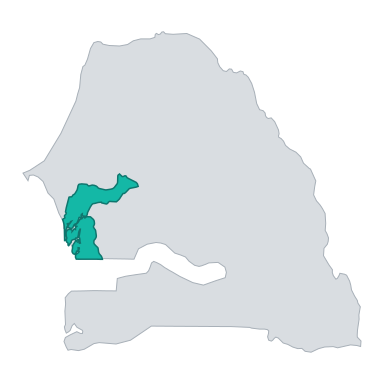 location of Fatick within Senegal
{"feature_id": "SEN-764", "entity_name": "Fatick", "entity_type": "Region", "adm_level": 1, "iso_a3": "SEN", "parent_name": "Senegal", "parent_adm1": "", "projection": "equal_earth", "projection_center": [-16.406, 14.163], "detail": "fine", "context": "in_parent", "style": "filled", "palette": "teal", "viewbox_px": 384, "rotation_deg": 0, "n_neighbors": 0, "source": "natural_earth", "source_scale": "10m", "svg_char_len": 6693}
<svg xmlns="http://www.w3.org/2000/svg" viewBox="0 0 384 384"><path d="M310.5,169.1L315.8,180.9L314.7,186.6L313.6,194.9L316.5,200.9L320.0,204.9L322.4,208.5L325.1,213.5L325.7,223.4L325.2,230.5L327.0,233.8L328.5,237.9L328.2,241.3L327.3,244.3L324.0,248.3L323.5,255.7L328.9,264.8L332.4,269.7L332.3,272.5L333.3,275.6L335.9,279.2L337.4,278.3L339.1,275.4L339.9,273.3L344.5,274.2L346.6,275.2L349.6,281.1L350.7,285.0L351.5,289.9L354.6,296.1L357.3,300.4L357.9,303.1L360.3,306.8L358.9,314.9L359.1,319.1L357.5,330.0L357.2,335.2L357.3,337.1L361.0,341.0L360.6,346.5L356.9,345.5L350.5,344.9L337.6,347.8L333.2,346.6L324.7,347.0L318.7,348.6L311.1,352.2L305.1,351.3L301.9,348.4L297.7,348.6L292.9,347.1L287.8,344.4L283.2,343.0L278.2,338.0L275.8,337.1L274.2,338.4L272.8,340.1L271.4,341.1L268.7,340.2L267.6,336.8L268.5,333.4L268.7,330.9L267.4,329.6L264.4,329.1L259.5,329.1L251.5,328.1L249.7,327.4L231.9,326.6L213.5,326.5L197.9,326.4L178.1,326.3L164.3,326.2L151.3,326.1L141.3,332.9L130.5,340.2L116.0,344.0L99.2,342.6L93.9,343.6L88.3,346.9L84.3,349.2L78.5,350.6L71.1,349.5L68.0,350.2L66.2,346.9L64.0,341.5L65.4,337.5L69.9,335.0L76.8,331.7L80.3,333.4L82.4,333.5L82.8,331.3L82.2,330.2L77.0,327.3L74.3,323.5L72.1,325.7L70.2,330.4L68.6,331.8L66.3,333.1L65.0,329.9L64.4,326.9L65.5,324.5L64.9,311.1L65.6,304.0L65.2,297.7L68.5,293.6L71.5,291.1L83.5,290.9L94.6,290.6L105.3,290.8L116.2,290.9L117.3,278.5L120.8,277.5L125.9,276.2L135.6,274.7L146.3,273.2L148.6,270.8L150.3,266.7L151.5,263.0L153.7,261.4L156.7,262.6L160.6,264.6L164.7,267.6L169.4,270.4L172.5,272.1L180.0,276.5L192.8,282.6L203.4,285.1L216.1,280.6L225.2,277.7L226.4,272.4L224.9,267.1L218.1,262.4L208.8,262.9L205.9,264.2L201.6,265.8L199.0,266.4L194.6,265.3L189.0,261.2L185.5,257.0L180.6,255.0L174.8,253.1L165.5,244.5L160.6,243.0L156.0,242.5L147.2,244.2L138.5,248.8L134.0,259.2L125.4,259.0L107.0,258.7L90.2,258.4L76.3,259.1L74.9,251.6L71.6,245.6L66.2,240.4L65.1,235.7L66.9,231.5L72.0,228.1L73.2,225.7L70.5,226.1L66.4,228.2L63.7,228.4L63.4,221.8L58.9,213.3L53.8,199.0L48.0,193.1L43.1,181.5L38.1,177.0L33.4,175.0L29.4,175.4L28.0,180.7L23.0,173.1L29.8,170.3L44.3,160.8L60.9,133.4L75.9,101.1L77.8,93.5L79.6,87.7L80.8,74.5L82.9,66.6L84.9,65.1L87.5,59.1L90.5,48.5L93.9,42.6L97.8,41.5L100.8,42.0L102.9,44.2L109.2,45.5L119.6,46.0L127.6,44.5L133.3,40.8L140.7,38.9L150.0,38.9L154.8,37.4L155.3,34.3L156.5,33.4L158.4,34.6L160.2,34.1L161.9,32.0L163.6,31.8L165.3,33.7L173.1,34.3L186.8,33.5L199.6,39.1L211.3,50.9L217.4,58.8L217.8,62.7L219.7,66.7L223.2,70.7L226.4,71.5L229.3,68.9L231.6,69.2L233.3,72.3L236.6,72.9L240.3,71.0L243.0,71.7L243.5,73.5L244.1,74.5L245.9,74.9L248.3,77.3L251.7,83.5L254.5,92.3L256.7,103.6L259.6,109.7L263.1,110.7L265.1,113.0L265.5,115.7L266.6,117.5L268.2,118.5L271.2,117.9L274.7,121.7L278.5,130.0L279.1,133.8L278.5,135.8L278.7,137.2L281.2,138.6L283.6,141.3L285.5,145.4L289.7,149.0L296.0,152.2L300.7,156.9L303.5,163.2L309.3,168.5L310.5,169.1Z" fill="#d9dde1" stroke="#a8b0b8" stroke-width="1"/><path d="M86.3,216.3L83.7,216.1L82.2,215.4L82.3,213.8L81.4,214.4L81.1,215.5L81.3,216.6L81.9,217.3L81.2,217.8L80.6,217.8L80.1,217.5L79.4,217.3L79.0,217.5L78.8,218.1L78.7,218.8L78.5,219.4L77.1,222.6L76.6,223.4L76.0,223.7L74.9,224.1L74.2,224.7L73.7,225.5L73.0,227.2L72.5,227.9L71.2,228.5L70.1,228.2L68.9,227.6L67.6,227.5L68.9,224.4L68.9,223.9L69.8,223.6L71.4,221.3L70.6,221.6L69.9,223.1L69.3,223.4L68.1,223.5L67.6,223.6L67.2,223.9L67.9,224.9L67.8,225.6L66.9,227.0L66.7,227.5L66.6,228.6L66.3,229.2L65.2,230.8L65.0,231.5L64.7,233.6L65.0,240.6L64.6,240.6L64.3,226.4L64.0,224.3L63.1,220.7L62.6,219.5L63.1,218.9L64.6,218.2L64.9,217.8L64.9,217.5L64.8,217.2L64.6,216.8L64.5,216.5L64.5,215.9L64.6,215.5L66.0,214.0L66.2,213.4L66.3,212.9L66.1,212.7L65.8,212.4L65.7,212.2L65.5,211.9L66.3,207.6L69.0,197.2L69.5,197.0L71.3,196.8L71.6,196.8L71.9,196.6L72.1,196.3L72.3,196.1L72.8,195.2L73.2,194.8L73.5,194.6L74.1,194.4L74.6,194.0L75.5,192.7L76.9,190.3L77.2,189.6L77.6,188.1L78.0,185.9L78.7,184.5L79.4,184.2L81.8,183.9L86.4,184.3L87.0,184.4L87.2,184.7L87.7,185.2L88.0,185.5L88.4,185.8L88.8,185.9L89.2,185.9L92.1,185.1L92.6,185.1L94.5,185.4L96.3,186.1L96.8,186.5L97.5,187.1L98.1,187.9L98.6,188.2L99.4,188.5L105.4,189.9L106.2,189.9L110.7,189.2L112.6,188.7L113.9,187.8L114.2,187.6L117.1,183.8L117.3,183.5L117.4,183.1L117.6,182.2L117.8,176.0L117.9,175.6L118.0,175.3L118.2,175.0L118.5,174.7L119.2,174.3L119.5,174.0L122.2,176.6L123.3,176.5L124.8,175.8L125.9,175.9L127.1,177.7L128.9,178.7L136.2,182.4L137.4,183.8L138.2,186.4L136.2,187.1L133.2,187.7L130.6,188.2L129.3,188.6L128.2,189.8L125.6,192.5L124.4,193.4L123.0,193.5L120.8,196.8L119.5,198.9L118.1,200.3L116.4,201.8L112.3,201.6L109.6,201.4L108.5,202.1L107.5,203.5L106.3,204.0L101.7,202.9L101.4,202.6L101.4,202.2L100.9,202.2L98.1,202.5L94.8,203.4L93.0,203.7L92.5,204.0L91.8,204.7L90.3,207.0L87.6,212.4L87.1,214.9L86.3,216.3L86.3,216.3ZM102.4,259.3L100.2,259.3L96.8,259.2L93.4,259.2L90.0,259.2L86.6,259.2L83.2,259.2L79.8,259.2L76.3,259.1L75.8,258.0L75.5,257.3L75.5,255.2L76.5,254.1L77.9,253.1L79.2,251.7L78.4,250.9L78.1,250.7L78.8,249.9L79.3,248.7L79.2,247.8L78.1,247.7L78.2,248.8L78.0,250.3L77.4,251.3L76.6,251.2L76.2,252.7L75.3,253.8L74.3,254.2L73.2,253.7L72.3,252.4L72.0,251.1L72.5,248.2L72.6,246.3L72.7,245.6L73.2,244.6L75.2,241.6L75.5,240.6L75.8,240.8L76.7,241.4L77.0,241.6L76.9,241.3L76.6,240.1L78.5,239.6L78.6,241.1L79.0,242.4L79.6,243.3L80.4,243.1L80.0,241.4L79.9,239.5L79.7,238.1L78.8,237.5L79.1,236.5L80.3,229.7L80.4,228.5L79.2,230.8L78.7,232.2L78.3,235.3L77.7,237.1L77.0,238.3L76.3,238.0L75.8,238.0L75.3,239.0L74.3,239.4L73.2,239.6L72.1,240.1L71.5,240.7L71.3,241.3L71.3,241.9L71.0,242.6L70.7,243.0L70.0,243.5L69.7,243.9L69.1,245.2L68.7,245.7L68.2,245.4L68.0,244.7L68.0,243.7L67.9,243.0L67.4,242.6L66.7,242.0L66.4,240.5L66.5,239.0L66.9,238.0L66.5,237.0L66.3,235.9L66.1,233.5L66.2,232.3L66.4,231.5L66.7,231.1L68.0,229.7L68.6,229.4L69.3,229.4L70.9,229.6L71.7,229.9L72.2,230.5L72.1,231.5L72.9,230.6L73.5,229.5L74.3,228.9L75.5,229.5L75.5,227.9L75.9,227.1L76.6,226.7L77.4,225.9L76.7,226.2L76.0,226.4L75.3,226.3L74.7,225.5L77.2,223.4L78.1,222.4L79.5,220.1L80.3,219.2L82.1,218.6L82.9,217.1L83.6,216.8L84.0,217.1L84.5,217.6L84.9,218.0L85.5,217.6L85.8,217.3L86.7,216.7L90.2,216.8L90.5,216.9L90.8,217.1L91.1,217.4L92.7,218.8L93.5,219.6L93.8,220.2L94.2,221.0L94.4,222.6L94.5,223.5L94.4,224.3L94.2,224.9L93.6,226.0L93.5,226.6L93.5,227.2L94.6,229.0L95.3,229.8L95.6,230.6L96.3,235.6L96.3,236.2L96.2,236.8L96.1,237.3L95.8,237.9L95.2,239.0L94.4,239.9L94.1,240.3L93.9,240.8L93.9,241.3L93.8,242.4L93.9,243.1L94.1,243.7L94.6,244.4L96.4,246.3L97.2,247.0L97.6,247.4L98.0,248.0L98.2,249.0L98.5,251.4L98.7,252.5L99.0,253.1L99.4,253.9L101.2,256.0L101.9,257.3L102.3,258.7L102.4,259.3L102.4,259.3Z" fill="#14b8a6" stroke="#0f766e" stroke-width="1.5"/></svg>